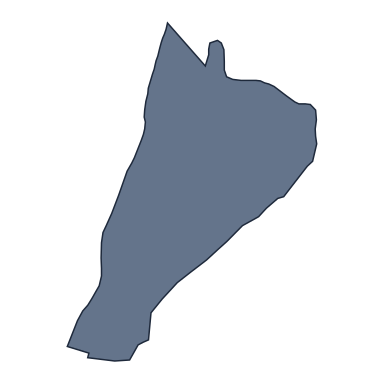 outline of Kabong, Sarawak, Malaysia
{"feature_id": "92858781B82406813204277", "entity_name": "Kabong", "entity_type": "district", "adm_level": 2, "iso_a3": "MYS", "parent_name": "Malaysia", "parent_adm1": "Sarawak", "projection": "equal_earth", "projection_center": [111.235, 1.885], "detail": "fine", "context": "isolated", "style": "filled", "palette": "slate", "viewbox_px": 384, "rotation_deg": 0, "n_neighbors": 0, "source": "geoboundaries", "source_scale": "gbopen_adm2", "svg_char_len": 1183}
<svg xmlns="http://www.w3.org/2000/svg" viewBox="0 0 384 384"><path d="M148.5,339.9L151.0,312.8L162.2,299.0L177.3,282.6L190.7,272.1L206.5,260.0L217.9,249.5L226.7,241.6L242.5,225.6L258.6,216.7L266.4,208.2L277.8,198.4L283.7,196.7L290.0,188.5L307.3,166.2L312.6,161.3L316.7,143.9L315.6,136.2L315.2,129.0L316.4,119.8L315.6,110.1L310.3,104.5L305.3,103.9L298.9,103.9L294.7,101.9L286.3,95.8L274.1,86.5L268.8,84.0L264.6,82.9L260.4,80.9L255.9,80.4L246.4,80.4L241.0,80.4L232.7,79.4L226.6,76.8L224.3,70.1L224.3,61.4L223.9,49.7L221.3,43.0L217.5,40.4L209.9,43.0L208.7,49.2L208.7,54.8L205.3,66.0L167.5,23.0L166.1,29.2L164.4,34.2L162.7,38.1L161.2,42.7L159.8,47.9L157.8,56.1L156.1,60.7L155.1,65.0L154.2,69.2L152.5,74.1L148.3,88.2L147.8,93.8L145.9,101.3L144.7,109.9L144.2,117.1L145.4,122.0L144.7,128.9L143.4,134.4L141.3,140.3L134.4,157.7L131.8,163.0L127.1,171.2L125.4,176.1L118.6,195.4L111.7,213.5L106.4,225.3L103.0,232.5L101.5,242.7L101.1,258.1L101.5,268.3L101.5,276.0L99.2,285.8L95.7,291.9L91.9,298.6L87.8,305.2L82.8,310.9L77.5,320.6L67.3,346.5L88.9,353.1L87.7,357.7L114.7,361.0L129.6,360.0L134.4,351.5L138.1,344.9L143.0,342.3L148.5,339.9Z" fill="#64748b" stroke="#1e293b" stroke-width="1.5"/></svg>